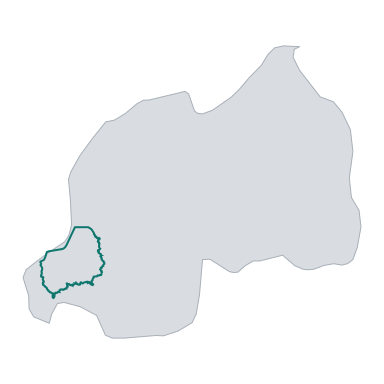 Nyamasheke, Western, Rwanda shown in context
{"feature_id": "39286606B22601397790462", "entity_name": "Nyamasheke", "entity_type": "district", "adm_level": 2, "iso_a3": "RWA", "parent_name": "Rwanda", "parent_adm1": "Western", "projection": "albers", "projection_center": [29.106, -2.358], "detail": "fine", "context": "in_parent", "style": "outline", "palette": "teal", "viewbox_px": 384, "rotation_deg": 0, "n_neighbors": 0, "source": "geoboundaries", "source_scale": "gbopen_adm2", "svg_char_len": 6373}
<svg xmlns="http://www.w3.org/2000/svg" viewBox="0 0 384 384"><path d="M143.5,100.2L149.0,100.0L185.1,91.4L188.7,94.1L194.5,110.9L197.6,113.3L202.6,113.9L212.7,110.1L231.4,97.0L239.5,89.1L249.0,77.9L261.3,65.3L268.1,54.3L274.7,47.8L283.5,45.9L293.1,46.4L299.8,46.6L294.3,49.3L293.1,57.3L299.5,70.2L320.2,96.9L333.4,101.8L342.0,112.2L350.4,129.7L352.9,151.6L349.3,177.9L351.4,197.4L359.0,210.3L361.0,226.9L357.3,247.3L352.9,259.6L347.7,263.6L341.8,265.1L333.8,263.7L324.1,265.4L313.5,269.3L306.9,269.8L302.7,269.1L294.9,265.8L282.6,255.2L259.6,261.0L253.3,260.9L244.9,265.9L238.0,272.1L233.8,272.5L229.6,271.7L209.8,259.2L202.5,259.6L199.5,294.6L196.2,314.0L192.1,322.7L177.9,331.1L163.6,335.8L155.8,335.5L124.4,338.1L112.2,338.1L105.4,335.2L96.6,315.4L79.9,306.6L63.9,302.4L57.4,303.6L51.7,314.0L49.3,323.3L33.8,316.9L29.1,309.0L28.7,295.7L23.0,277.5L26.2,269.7L32.3,264.7L45.1,255.0L64.7,241.7L68.9,235.3L71.6,224.7L70.4,200.1L68.5,179.3L70.8,171.9L79.8,155.8L91.8,139.3L105.7,121.9L114.2,120.2L125.2,113.6L136.9,103.8L143.5,100.2Z" fill="#d9dde1" stroke="#a8b0b8" stroke-width="1"/><path d="M101.2,257.0L100.7,256.8L100.4,256.4L100.7,255.9L101.3,255.6L100.9,255.5L100.8,255.1L100.7,255.0L100.6,254.6L100.7,254.4L100.5,254.2L100.6,253.9L99.6,253.6L98.6,252.8L98.9,252.1L98.9,251.7L98.1,251.4L98.1,251.2L97.9,251.0L97.9,250.6L98.0,250.3L98.6,250.4L98.7,250.2L98.8,249.9L99.4,249.7L99.6,249.1L99.9,249.1L100.1,248.8L99.7,248.6L99.6,247.9L99.3,247.4L99.2,247.0L99.0,246.8L99.0,245.9L99.3,245.1L99.3,244.7L99.1,244.3L99.1,244.1L99.5,243.7L99.4,243.4L98.9,243.3L98.9,243.1L99.1,242.9L99.0,242.7L99.0,242.4L98.7,242.2L98.5,242.3L98.0,241.9L97.8,241.6L97.9,241.3L98.2,241.0L98.2,240.5L98.6,240.3L98.8,239.8L98.9,239.0L99.0,238.9L99.6,239.0L99.7,238.7L99.4,238.4L99.3,238.6L99.3,238.4L99.1,238.4L99.1,238.2L98.7,238.2L98.7,238.3L98.2,238.4L97.9,238.6L97.8,238.4L97.6,238.2L97.5,237.7L96.9,237.6L96.7,237.7L96.5,237.3L96.3,237.2L96.2,236.7L96.0,236.4L95.8,236.4L95.9,236.6L95.6,236.6L95.5,236.8L95.2,236.6L95.2,236.3L95.4,236.2L95.3,235.9L95.0,235.4L94.7,235.3L94.6,235.0L94.7,234.8L93.9,234.1L94.1,233.6L93.9,233.0L91.6,229.5L91.0,228.9L89.1,227.8L88.2,227.2L76.5,227.2L74.9,227.3L66.6,244.9L65.6,246.5L65.0,247.3L64.1,248.1L63.3,248.6L62.5,249.0L60.8,249.2L60.7,249.4L60.2,249.4L59.5,249.5L49.4,251.2L47.6,251.7L47.1,251.9L46.7,252.3L45.7,255.9L44.7,258.4L44.1,259.5L43.3,260.3L41.1,261.2L40.4,261.7L40.3,262.0L40.4,262.4L41.1,263.4L41.2,264.0L40.9,264.7L40.5,265.1L42.1,267.7L42.3,268.8L41.9,270.3L41.7,270.5L41.8,270.8L41.5,271.6L41.6,271.9L41.6,272.6L41.8,272.9L41.7,273.3L41.8,273.6L41.8,273.9L41.4,274.4L41.2,274.8L41.2,275.5L41.0,276.1L41.1,276.4L41.4,276.5L41.5,276.8L41.9,276.8L42.3,277.0L42.6,276.8L42.9,276.9L43.0,277.1L43.2,277.3L43.3,277.6L43.1,278.0L43.0,278.8L42.8,279.1L42.8,279.6L42.9,280.0L43.1,280.1L43.4,280.8L43.6,281.0L43.6,281.3L43.8,281.6L43.8,282.0L43.6,282.2L43.3,282.5L43.1,282.5L42.9,282.6L42.9,283.4L43.0,283.6L42.9,283.8L42.9,284.4L43.0,284.5L43.1,284.8L43.5,284.8L43.8,285.0L44.3,285.9L44.9,286.1L45.0,286.5L45.1,286.8L45.9,287.1L46.1,287.4L46.3,287.4L46.5,287.6L47.0,288.4L46.9,288.7L47.1,288.9L47.1,289.2L47.3,289.3L47.4,289.5L47.5,289.6L47.6,289.8L47.8,289.8L48.1,290.1L48.2,290.4L48.2,290.7L48.3,290.9L48.7,291.1L49.0,291.2L49.2,291.5L49.7,291.6L49.8,291.8L49.6,292.0L49.8,292.3L50.2,292.5L50.4,292.4L50.7,292.5L51.3,292.5L52.0,293.2L52.7,293.3L52.6,293.5L52.8,293.6L52.8,294.0L52.8,294.4L52.8,294.8L52.6,295.3L52.7,295.8L52.5,296.0L52.5,296.3L52.6,296.8L52.7,297.2L52.9,297.3L53.0,297.5L53.1,297.9L53.3,298.0L53.4,297.8L53.4,297.6L53.6,297.6L53.6,297.3L54.1,297.2L54.3,297.0L54.4,296.8L54.4,296.6L54.5,296.3L54.2,295.9L54.2,295.5L54.2,295.4L54.6,295.1L54.6,294.8L54.5,294.7L54.3,294.2L54.2,294.2L54.4,294.0L54.4,293.8L54.7,293.7L55.0,293.3L55.4,293.3L55.5,293.1L55.8,293.0L55.9,292.7L56.7,292.9L57.1,292.7L57.5,292.2L57.7,292.4L57.8,292.3L58.1,292.0L58.4,292.0L58.8,291.8L59.2,291.9L59.1,291.7L59.3,291.5L59.3,291.1L59.7,290.7L59.8,290.2L60.3,289.9L60.1,289.7L60.4,289.5L60.8,289.6L61.5,289.4L61.7,289.5L62.2,289.4L62.5,289.7L62.8,289.6L63.3,289.8L63.7,289.8L64.2,289.4L64.2,289.1L64.5,288.9L64.8,288.9L65.3,288.8L65.7,288.9L66.2,288.6L66.2,288.4L66.3,288.4L66.2,288.2L66.5,287.7L66.6,287.3L67.0,287.2L67.1,287.4L67.4,287.3L67.5,287.0L67.3,286.6L67.4,286.4L67.6,286.3L67.5,286.1L67.6,285.7L67.3,285.6L67.1,285.2L67.1,284.5L66.8,284.0L66.7,283.5L66.8,282.7L67.0,283.3L67.6,284.0L68.2,284.3L69.0,284.0L69.7,284.6L70.0,285.0L70.3,285.0L70.6,285.2L71.0,285.0L72.3,285.6L72.2,285.1L72.4,285.0L72.5,284.7L72.8,284.9L73.4,285.0L73.6,284.7L74.4,284.1L74.5,283.9L74.6,283.7L74.8,283.6L74.7,283.4L75.2,283.5L75.3,283.5L75.6,283.6L75.8,283.5L75.7,283.3L75.8,283.1L75.9,283.3L76.1,283.1L76.2,283.4L76.4,283.4L76.6,283.7L76.8,283.5L77.3,283.7L77.7,284.2L77.8,284.2L78.0,284.4L78.1,284.5L78.3,284.5L78.5,284.6L78.8,284.8L79.0,284.8L79.2,284.6L79.7,284.6L79.8,284.4L80.1,284.4L80.2,284.1L80.2,283.8L80.5,283.0L80.4,282.8L80.9,282.3L81.2,282.4L81.4,282.7L82.0,283.0L82.2,283.3L82.6,283.2L82.6,283.3L82.8,283.4L83.0,283.2L83.5,282.7L84.4,282.4L84.6,282.4L85.3,282.1L85.5,282.2L86.3,282.1L86.5,282.1L86.6,281.9L86.9,282.0L87.2,281.8L87.4,282.1L87.6,282.1L87.7,282.3L87.9,282.3L87.9,282.7L88.2,282.5L88.4,282.3L88.6,282.6L89.0,282.3L89.1,282.7L89.5,282.6L89.5,282.9L89.8,283.1L89.9,283.4L90.7,284.2L90.9,284.2L91.2,284.4L91.5,284.3L91.8,284.7L92.1,284.6L92.3,285.0L92.5,285.1L93.2,284.7L93.2,284.3L92.0,283.6L91.2,283.4L91.8,282.7L91.9,282.3L91.3,281.8L91.8,280.8L92.1,280.5L92.5,280.3L92.6,280.1L92.5,279.6L92.6,279.4L92.6,279.1L93.0,278.6L93.3,277.8L93.6,277.7L93.6,277.1L93.8,276.9L93.8,276.7L94.3,276.7L95.5,276.4L96.9,276.4L97.6,275.4L98.3,275.4L98.7,275.6L99.2,275.5L99.5,275.1L100.0,274.9L100.5,274.9L100.7,275.1L101.0,275.1L101.3,274.7L101.4,274.3L101.4,273.5L101.8,273.2L101.9,273.3L101.7,273.0L102.0,272.4L101.6,271.9L101.8,271.5L101.8,271.3L101.6,271.2L101.6,270.8L101.4,270.6L100.9,270.7L100.7,270.0L100.2,269.6L100.1,269.4L100.7,268.4L100.6,268.1L100.9,267.7L101.1,267.6L101.7,267.8L102.2,266.9L102.1,266.5L102.2,266.3L103.1,266.0L103.0,265.8L103.3,265.3L103.3,264.7L103.6,264.4L104.3,263.9L104.2,263.3L104.4,263.0L104.3,262.4L103.7,262.1L103.4,261.8L103.3,261.5L103.4,261.0L103.2,260.9L102.9,260.9L102.7,260.8L101.6,259.5L101.5,259.1L101.8,258.7L101.4,258.1L101.5,257.8L101.3,257.5L101.2,257.0Z" fill="none" stroke="#0f766e" stroke-width="2"/></svg>